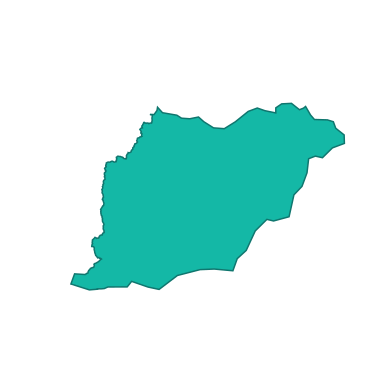 outline of Kara-Kulja, Osh, Kyrgyzstan, rotated 137°
{"feature_id": "92254566B85310994889224", "entity_name": "Kara-Kulja", "entity_type": "district", "adm_level": 2, "iso_a3": "KGZ", "parent_name": "Kyrgyzstan", "parent_adm1": "Osh", "projection": "mercator", "projection_center": [74.361, 40.398], "detail": "fine", "context": "isolated", "style": "filled", "palette": "teal", "viewbox_px": 384, "rotation_deg": 137, "n_neighbors": 0, "source": "geoboundaries", "source_scale": "gbopen_adm2", "svg_char_len": 6017}
<svg xmlns="http://www.w3.org/2000/svg" viewBox="0 0 384 384"><g transform="rotate(137 192 192)"><path d="M169.8,277.4L169.6,276.9L169.5,276.6L169.2,276.4L169.1,276.1L168.6,275.7L168.5,275.2L169.3,274.6L169.8,274.2L170.6,273.6L171.3,272.9L171.7,272.2L172.1,271.9L172.2,271.6L172.3,271.6L172.6,271.3L173.3,270.9L173.9,270.3L174.3,270.2L174.6,270.0L174.9,270.4L175.7,271.0L176.7,271.3L177.0,271.5L177.1,272.4L177.2,272.6L177.5,272.7L178.2,273.2L178.2,273.3L178.5,273.3L178.9,273.7L179.0,273.9L179.1,274.5L179.3,274.9L179.4,275.5L179.6,275.7L179.9,275.7L180.0,275.7L180.1,275.3L180.4,275.1L181.4,275.1L181.9,275.0L182.3,274.6L182.5,274.6L182.8,274.5L183.3,274.5L183.6,274.5L184.0,274.1L184.2,273.7L184.2,273.4L184.5,272.7L184.9,272.9L185.4,273.4L187.4,273.4L187.5,272.9L187.6,272.6L187.7,271.8L187.8,271.2L188.0,270.7L188.3,270.7L188.6,270.5L189.2,270.0L188.8,269.6L188.8,268.9L189.0,268.6L189.7,268.3L189.9,268.0L190.5,267.5L190.7,267.2L190.7,266.9L191.3,267.1L191.6,267.1L192.2,267.6L192.5,267.8L192.9,267.7L193.8,267.7L194.2,268.1L194.5,268.2L194.8,268.4L195.3,268.5L196.5,267.6L197.5,267.2L197.6,266.8L197.8,266.2L197.8,265.8L198.2,265.8L199.1,265.5L200.3,265.8L200.9,266.2L201.4,266.0L201.6,265.7L202.8,265.4L203.0,265.1L203.2,264.8L203.4,264.6L203.8,264.8L205.2,264.7L205.6,264.2L205.8,264.1L206.0,263.7L206.8,263.6L207.3,263.8L207.6,263.8L207.7,263.7L208.1,263.7L208.6,263.3L209.0,262.9L209.5,263.0L210.6,263.2L210.9,263.4L211.6,263.9L211.8,264.4L212.7,263.8L213.0,263.7L213.5,263.9L215.2,263.3L215.5,263.0L215.8,262.4L216.3,262.1L216.5,261.7L216.8,261.7L217.4,261.1L217.8,261.3L218.2,262.0L218.7,262.4L218.8,262.6L218.9,262.9L219.1,263.3L219.2,263.5L218.9,264.0L219.0,264.8L219.4,265.1L219.5,265.4L220.0,266.4L220.0,266.5L220.3,267.0L220.9,267.5L221.1,267.9L221.4,268.2L221.7,268.7L222.2,268.9L222.6,268.8L223.6,269.0L223.8,268.8L224.1,268.5L224.1,268.0L224.3,267.6L224.8,267.4L225.1,267.2L225.4,266.8L225.9,266.8L226.4,266.4L226.4,266.2L226.7,266.0L226.8,266.2L227.1,266.2L227.3,266.4L228.0,266.5L228.4,266.8L228.6,267.0L228.8,267.8L229.1,268.7L229.8,269.3L230.1,269.3L230.6,269.6L231.6,269.7L232.5,270.6L232.9,271.1L234.0,271.5L234.8,271.6L234.8,271.4L235.3,271.3L235.5,271.0L235.7,270.7L235.8,270.6L236.5,270.6L236.8,270.5L237.1,270.1L237.2,269.3L237.4,269.1L237.7,269.3L238.0,268.9L238.5,269.0L238.9,268.9L239.3,268.9L239.6,269.0L239.8,268.9L239.8,268.6L240.1,268.2L240.0,267.7L240.1,267.3L240.3,267.0L240.3,266.8L240.6,266.9L240.9,266.6L241.0,266.0L241.1,265.7L242.0,265.6L242.5,265.5L242.9,265.7L243.6,265.2L243.8,264.9L244.0,264.8L244.3,264.0L244.4,263.6L244.5,263.3L244.6,263.2L245.1,263.3L245.6,263.0L245.8,262.8L245.7,262.1L246.4,261.4L246.9,260.6L247.6,260.6L248.0,260.7L248.7,260.7L248.9,260.5L249.3,260.4L249.6,260.1L250.0,259.9L250.1,259.5L250.5,259.0L250.7,258.6L250.8,258.4L251.6,258.3L251.8,258.1L252.0,258.2L252.3,257.9L252.4,257.6L252.6,257.5L252.9,257.3L253.4,257.1L253.8,257.1L253.9,256.6L254.1,256.2L254.8,255.7L255.6,255.4L256.2,255.3L256.5,255.0L256.5,254.5L256.7,254.1L257.2,253.7L257.3,253.4L257.7,253.3L257.9,253.1L258.2,252.9L258.4,252.5L258.5,252.1L258.5,251.8L258.7,251.2L258.7,250.9L259.0,250.3L259.4,250.1L259.6,249.8L259.6,249.5L259.8,249.2L260.2,248.9L260.4,248.5L260.9,248.6L261.2,248.4L261.5,248.3L261.9,247.7L262.5,247.7L262.6,247.8L262.7,247.7L262.8,246.8L262.7,246.2L263.4,245.5L264.0,243.9L264.3,243.6L264.9,243.3L265.4,242.7L266.0,242.4L266.3,242.6L266.9,242.7L267.3,242.4L267.8,242.4L268.4,242.1L268.5,242.0L269.1,242.0L270.8,241.5L271.0,240.7L272.1,239.9L272.2,239.6L273.0,238.8L273.0,238.5L273.4,238.2L273.7,237.6L274.1,237.0L274.4,236.4L274.4,236.2L274.2,235.8L274.2,235.7L274.7,235.1L275.1,234.8L275.3,234.5L275.6,233.5L276.3,233.1L276.4,232.8L276.6,232.4L277.3,232.0L277.4,231.6L277.7,231.0L277.8,230.5L277.8,229.9L278.2,229.2L278.3,228.6L278.5,228.3L278.8,228.2L279.3,228.0L279.9,227.6L280.2,227.7L280.7,226.8L281.2,226.3L281.5,226.3L281.9,225.8L282.3,225.2L282.5,224.7L282.4,224.4L282.6,224.0L282.7,223.6L282.9,223.3L283.3,223.2L283.7,222.4L283.8,222.3L284.1,222.3L285.2,222.7L285.4,222.6L285.6,222.6L286.0,222.5L286.5,222.0L286.9,221.8L287.2,222.0L287.4,222.3L287.8,222.4L288.6,222.9L289.0,222.9L289.5,222.7L290.0,222.8L290.5,222.5L290.9,222.4L291.4,222.0L291.7,222.0L292.2,222.3L292.3,222.5L293.4,223.2L293.3,223.5L293.7,224.6L293.9,225.0L295.0,224.8L297.7,224.8L297.8,224.7L297.9,224.4L298.1,224.0L298.5,223.7L299.0,223.6L299.3,223.1L299.7,222.9L300.0,222.3L300.0,221.9L300.8,221.8L301.2,221.6L302.5,220.5L301.7,219.6L301.3,219.3L301.4,218.3L301.5,218.2L301.5,217.8L302.0,217.4L302.6,216.9L303.2,216.0L303.4,215.4L303.6,215.2L303.9,214.7L304.0,214.6L304.3,214.2L304.6,213.7L304.6,213.4L304.7,213.0L304.9,212.9L305.0,212.4L305.2,212.2L305.6,211.5L305.7,211.2L305.6,210.3L305.7,209.8L305.7,209.4L305.8,209.1L305.9,208.1L304.8,207.6L304.9,207.2L304.8,206.4L304.3,206.2L304.1,205.8L303.9,205.0L303.9,204.7L305.0,204.9L306.5,204.8L307.1,204.8L307.3,204.9L307.8,204.8L309.0,205.1L311.0,205.5L311.6,205.9L312.6,206.1L313.0,206.0L313.2,205.3L313.6,204.9L314.8,204.1L315.1,204.0L315.4,204.2L316.0,204.2L316.2,204.3L316.4,204.7L316.8,204.9L317.5,204.9L317.8,205.2L318.4,205.4L319.1,205.2L319.9,205.0L320.3,205.1L321.2,205.0L322.4,204.5L323.1,203.9L323.4,203.7L324.6,204.3L324.8,204.2L325.3,204.3L326.0,204.6L326.4,204.5L333.7,212.2L343.3,207.3L333.8,190.4L326.7,184.8L327.9,186.3L324.2,182.9L322.0,181.2L318.3,179.9L304.1,166.8L297.1,167.8L289.0,152.5L282.5,143.2L259.6,140.9L239.0,129.7L228.3,120.5L215.8,106.5L204.4,112.4L192.2,112.3L172.3,120.4L155.9,120.9L152.1,115.2L137.9,107.7L119.4,120.4L107.7,121.1L94.8,127.6L84.0,136.8L77.3,134.1L73.2,128.1L59.2,128.5L47.4,123.6L41.8,130.0L43.4,140.6L40.7,147.0L43.8,152.4L53.0,161.5L52.8,167.4L50.6,177.1L53.3,177.3L57.3,178.9L58.8,189.0L66.3,195.3L73.3,196.4L76.8,192.7L83.2,201.7L87.0,208.9L95.9,212.6L112.5,213.8L125.2,216.3L132.5,224.2L135.4,235.2L136.1,242.4L143.7,247.1L149.3,253.1L150.7,258.5L159.5,270.1L159.4,277.5L162.0,275.5L166.9,274.5L169.8,277.4Z" fill="#14b8a6" stroke="#0f766e" stroke-width="1.5"/></g></svg>